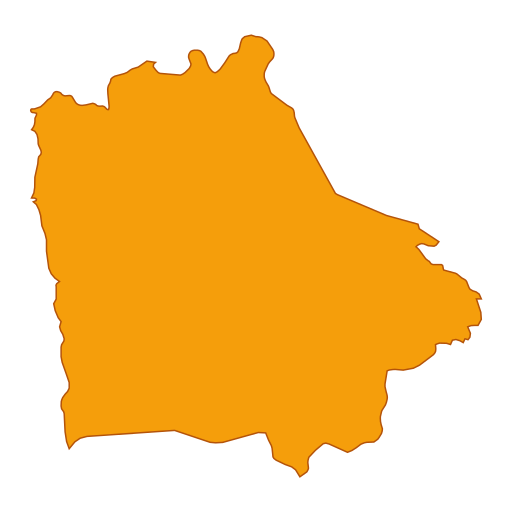 SVG path tracing the border of Worodougou
{"feature_id": "CIV-3443", "entity_name": "Worodougou", "entity_type": "Region", "adm_level": 1, "iso_a3": "CIV", "parent_name": "Ivory Coast", "parent_adm1": "", "projection": "natural_earth1", "projection_center": [-6.431, 8.415], "detail": "fine", "context": "isolated", "style": "filled", "palette": "amber", "viewbox_px": 512, "rotation_deg": 0, "n_neighbors": 0, "source": "natural_earth", "source_scale": "10m", "svg_char_len": 4125}
<svg xmlns="http://www.w3.org/2000/svg" viewBox="0 0 512 512"><path d="M299.9,476.8L295.6,469.8L291.6,466.8L285.2,464.5L276.2,460.2L274.0,458.5L273.0,456.9L272.1,448.3L271.7,446.8L271.3,445.5L268.6,440.2L265.7,432.9L258.3,432.5L222.7,442.4L215.5,442.8L210.1,442.3L174.6,430.4L87.0,436.4L80.2,438.2L74.9,441.8L69.2,448.7L66.6,441.5L65.1,431.8L64.2,413.7L63.7,411.8L61.6,408.8L61.1,406.0L61.3,401.5L61.8,399.7L62.7,397.6L65.2,394.1L67.6,391.5L69.2,388.2L69.2,382.5L66.3,374.0L62.2,362.4L61.1,356.7L61.1,347.1L61.6,344.7L63.9,341.0L64.2,338.8L62.8,334.3L60.7,330.7L59.6,326.8L61.1,321.6L58.2,317.7L55.2,310.6L53.7,303.7L56.2,299.1L56.2,286.8L56.0,285.2L56.7,283.7L59.5,281.5L54.9,278.1L51.2,273.7L48.8,268.2L46.5,251.2L46.5,239.8L45.0,233.5L41.9,225.8L40.6,215.4L38.9,209.6L36.4,204.5L33.3,201.8L36.2,200.6L36.5,199.2L34.8,198.1L31.5,198.0L33.9,192.9L34.7,187.5L34.9,177.2L37.8,163.9L38.2,159.1L38.7,156.8L40.8,154.4L41.3,152.4L40.9,150.3L38.7,145.5L38.2,143.9L38.0,138.8L37.0,134.5L34.9,131.3L31.6,129.7L33.3,127.3L34.4,124.8L34.9,121.9L35.0,118.2L36.5,115.0L36.5,113.3L34.2,112.7L32.3,112.5L31.3,111.9L30.7,110.7L30.9,109.5L31.4,109.0L34.6,108.9L40.6,106.8L43.9,103.9L47.7,99.9L50.7,97.8L52.8,94.7L53.2,93.7L53.3,93.6L53.7,93.0L54.4,92.3L55.6,91.7L57.0,91.6L59.2,92.2L60.5,92.9L61.1,93.4L61.2,93.6L61.3,93.7L61.8,94.4L62.7,95.0L63.8,95.6L65.2,95.9L69.4,95.5L70.7,95.7L71.8,96.4L72.5,97.4L75.2,101.9L76.0,103.0L76.9,103.8L78.0,104.5L79.3,105.0L80.6,105.3L82.2,105.4L86.0,104.9L92.8,103.3L94.4,103.8L95.7,104.4L96.6,105.4L98.0,106.0L99.8,106.2L102.5,106.0L104.0,106.5L105.1,107.3L106.8,109.2L107.7,109.6L108.5,109.6L109.0,107.9L109.1,106.2L107.9,93.8L107.9,93.7L107.7,89.6L107.9,87.7L108.4,85.7L109.9,83.0L110.6,81.0L110.9,79.2L112.4,77.6L114.8,76.2L124.3,73.6L127.2,72.4L130.2,70.1L132.3,68.9L138.2,67.1L146.9,61.1L155.5,62.4L153.6,64.1L153.3,66.8L156.1,70.4L157.9,72.3L158.8,72.9L160.1,73.4L180.4,75.1L182.6,74.2L185.0,72.6L189.2,68.5L190.6,66.0L191.0,64.0L189.0,58.8L188.6,57.4L188.6,55.9L188.9,54.4L189.5,53.2L190.2,52.1L191.0,51.3L192.5,50.6L194.3,50.2L197.6,50.2L199.5,50.6L200.9,51.3L203.4,54.1L204.8,56.4L205.6,58.4L207.6,64.3L208.7,66.7L210.1,68.9L211.8,70.9L212.8,71.8L213.9,72.4L215.2,72.8L217.3,71.7L220.0,69.3L224.7,62.9L229.1,56.0L230.4,54.8L233.1,53.5L234.9,53.3L236.6,52.9L237.9,51.8L239.3,48.8L240.7,42.7L241.7,39.9L242.3,38.7L244.7,36.7L251.3,35.2L255.9,36.7L257.3,36.7L259.1,36.9L261.9,37.6L267.0,41.0L272.7,49.4L273.7,51.7L273.9,53.3L273.9,55.0L273.6,56.6L273.1,57.9L272.3,59.0L269.7,61.8L268.2,63.9L264.7,71.5L264.3,73.1L264.2,74.7L264.2,76.4L264.4,77.8L264.8,79.2L265.9,81.8L268.4,86.0L269.0,87.5L270.3,91.7L270.8,92.7L271.4,93.6L287.0,105.3L291.6,107.9L292.8,108.9L293.6,110.3L294.2,112.7L294.5,116.3L294.9,117.8L299.1,127.8L335.4,193.4L337.3,194.6L386.5,215.5L418.0,224.2L419.3,228.8L438.9,241.7L436.2,245.1L434.1,246.2L428.2,245.7L423.8,243.9L421.6,243.6L419.5,244.2L417.2,245.5L416.0,246.8L416.7,247.4L418.9,249.5L425.6,258.7L428.2,260.8L429.3,261.4L430.2,262.7L431.3,264.0L433.2,264.6L441.4,264.6L442.6,265.4L443.0,267.1L443.3,269.0L443.8,270.1L455.3,273.2L456.8,273.9L461.7,277.9L464.4,279.4L465.6,280.2L466.6,281.5L469.0,287.6L470.0,289.2L472.7,290.8L476.1,291.9L479.2,294.1L481.3,298.9L476.4,298.9L480.8,312.3L481.3,319.4L478.0,325.4L474.5,325.4L471.0,325.6L467.7,326.8L470.4,333.3L469.9,337.2L468.0,339.7L465.0,338.8L463.2,342.6L459.9,340.7L455.9,339.5L452.4,340.2L450.5,344.5L446.6,343.3L439.5,343.1L436.8,344.0L435.5,344.6L435.8,348.9L435.6,351.2L434.9,352.8L433.5,354.6L419.6,365.1L413.4,368.2L403.2,370.1L395.2,369.4L392.9,369.5L389.3,370.0L387.2,370.8L387.1,371.0L385.0,384.0L385.0,386.7L386.1,391.6L386.9,394.5L387.2,396.0L387.3,397.7L387.1,399.3L386.4,402.3L385.4,405.0L381.9,410.5L381.5,411.7L380.4,416.4L380.3,418.1L380.5,421.5L381.1,424.5L382.4,428.8L382.2,430.9L381.5,433.4L379.1,437.4L377.8,439.2L373.9,442.0L366.8,442.3L364.3,442.8L360.9,444.2L356.3,447.7L351.9,450.5L347.5,452.3L329.1,444.0L325.8,443.1L323.2,443.7L315.5,450.2L308.8,457.3L308.0,460.4L307.8,462.6L308.4,467.5L308.4,468.7L307.6,470.5L306.8,471.9L299.9,476.8Z" fill="#f59e0b" stroke="#b45309" stroke-width="1.5"/></svg>